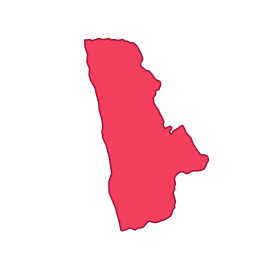 Tel Aviv, Tel Aviv, Israel (Albers equal-area conic projection), rotated 331°
{"feature_id": "584046B34315111222202", "entity_name": "Tel Aviv", "entity_type": "district", "adm_level": 2, "iso_a3": "ISR", "parent_name": "Israel", "parent_adm1": "Tel Aviv", "projection": "albers", "projection_center": [34.824, 32.095], "detail": "fine", "context": "isolated", "style": "filled", "palette": "rose", "viewbox_px": 256, "rotation_deg": 331, "n_neighbors": 0, "source": "geoboundaries", "source_scale": "gbopen_adm2", "svg_char_len": 1997}
<svg xmlns="http://www.w3.org/2000/svg" viewBox="0 0 256 256"><g transform="rotate(331 128 128)"><path d="M72.3,214.2L73.1,215.1L77.6,216.1L79.8,216.1L82.1,217.0L83.3,218.8L84.8,220.6L88.5,220.5L90.0,221.3L93.6,222.0L95.4,221.3L97.8,220.3L100.7,219.7L102.7,220.7L103.8,222.4L105.9,223.8L109.6,224.9L111.2,225.1L115.9,225.9L118.9,225.8L122.1,225.7L124.2,224.7L126.1,222.5L127.9,221.1L130.2,220.3L131.2,217.8L132.9,216.4L133.9,215.2L134.8,211.6L135.6,207.9L136.3,206.6L136.7,205.7L139.3,204.2L140.0,201.8L142.2,200.1L142.9,198.4L143.6,195.5L145.1,193.7L147.7,192.5L150.5,191.8L154.1,192.2L155.9,194.4L156.6,196.1L159.4,196.8L162.7,196.7L165.3,197.5L168.0,199.2L171.4,200.4L175.2,200.6L178.2,198.4L178.7,198.0L180.5,196.5L182.6,195.5L183.5,193.5L183.7,191.0L181.9,188.6L179.0,187.0L178.4,186.0L177.6,180.5L177.2,173.4L178.2,167.5L177.3,163.6L176.5,160.5L177.1,155.1L176.9,152.1L174.5,151.9L171.6,152.5L168.6,152.5L165.8,152.8L164.4,154.0L162.9,154.2L162.0,152.5L163.2,150.9L165.6,149.9L166.4,148.7L165.8,146.8L160.5,146.4L159.8,144.3L160.1,142.3L162.3,140.0L162.9,135.8L162.9,133.5L163.2,126.6L162.8,122.3L162.8,118.3L164.8,113.9L168.5,112.0L169.6,109.6L170.8,108.6L172.5,109.3L173.7,109.3L175.3,107.9L177.5,106.1L178.3,104.4L178.3,102.5L176.2,99.8L175.5,98.3L174.9,92.1L173.9,88.1L172.3,87.2L171.5,86.2L170.8,83.8L169.5,81.0L169.5,78.4L171.6,76.6L173.4,75.7L174.5,74.3L175.5,69.3L175.5,65.3L175.5,61.3L175.0,58.3L173.7,55.9L170.9,54.5L169.8,52.0L167.4,50.6L166.4,47.9L164.5,47.6L161.5,46.4L159.7,44.7L158.4,44.0L157.2,43.3L155.6,42.5L154.8,40.5L152.9,39.9L150.1,39.2L147.3,37.2L145.8,35.6L142.9,35.1L138.9,34.2L137.9,32.5L132.8,30.1L132.6,30.7L129.7,36.2L128.4,44.0L124.0,50.5L123.2,57.2L119.4,63.4L118.3,70.1L118.7,76.8L116.4,84.6L114.7,91.6L111.4,98.8L109.7,106.8L106.9,114.1L103.4,118.8L101.1,125.1L100.6,132.5L97.9,143.2L94.5,152.5L91.6,160.1L85.3,165.6L80.2,175.4L79.4,182.4L78.6,191.0L77.3,195.6L75.4,204.1L72.9,212.5L72.3,214.2Z" fill="#f43f5e" stroke="#9f1239" stroke-width="1.5"/></g></svg>